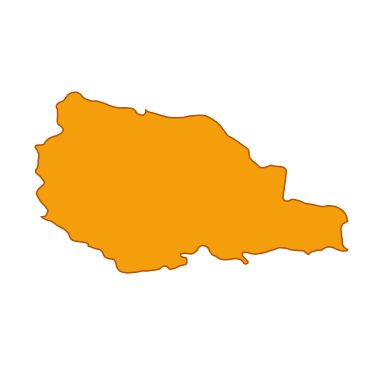 Byaroza, Brest, Belarus, rotated 6°
{"feature_id": "67162791B6222300561744", "entity_name": "Byaroza", "entity_type": "district", "adm_level": 2, "iso_a3": "BLR", "parent_name": "Belarus", "parent_adm1": "Brest", "projection": "natural_earth1", "projection_center": [25.045, 52.495], "detail": "fine", "context": "isolated", "style": "filled", "palette": "amber", "viewbox_px": 384, "rotation_deg": 6, "n_neighbors": 0, "source": "geoboundaries", "source_scale": "gbopen_adm2", "svg_char_len": 4274}
<svg xmlns="http://www.w3.org/2000/svg" viewBox="0 0 384 384"><g transform="rotate(6 192 192)"><path d="M94.5,256.8L96.7,257.1L100.9,258.2L103.3,258.6L105.0,258.6L106.6,259.0L108.9,260.7L109.8,262.0L110.7,264.0L112.2,265.7L114.9,266.8L118.6,267.1L121.4,267.1L122.3,268.5L123.8,270.4L124.3,272.8L125.6,275.3L126.8,277.0L128.6,278.2L130.8,278.9L134.0,279.1L136.9,279.2L141.3,278.2L144.6,277.6L147.6,276.7L150.1,275.9L152.3,275.5L155.1,275.4L157.3,274.8L159.3,274.3L161.6,273.8L163.6,273.4L165.4,272.8L168.1,271.8L170.0,269.6L171.4,268.9L173.8,268.3L175.2,268.7L175.9,269.6L177.0,270.7L178.0,271.0L179.4,270.9L182.4,269.9L184.8,268.5L186.3,267.4L187.8,266.6L189.2,266.1L191.3,265.4L193.0,264.9L194.0,263.9L194.2,262.8L194.0,261.3L193.8,259.5L193.6,258.5L192.3,258.1L190.5,257.9L187.9,257.2L187.1,256.2L187.4,254.8L189.2,254.0L190.8,253.7L194.3,253.7L197.3,253.8L199.3,252.9L200.8,252.1L202.1,250.8L203.0,249.8L203.8,247.9L204.6,246.2L205.4,245.4L206.9,244.4L208.8,244.2L211.4,244.3L213.8,246.0L214.7,247.2L215.7,249.1L217.1,250.6L218.5,252.2L220.3,252.9L222.3,253.4L223.6,253.9L225.1,254.9L227.0,255.7L229.0,256.0L233.2,255.8L235.7,255.3L237.6,254.8L241.3,253.8L243.8,253.6L247.7,254.3L249.7,255.8L251.2,257.5L252.6,258.0L253.8,257.8L254.9,257.0L255.1,255.7L253.2,253.9L252.2,253.1L250.1,251.4L248.7,249.6L248.4,248.0L248.8,246.9L249.9,246.6L251.8,246.5L253.5,246.4L255.6,246.7L257.9,247.2L261.6,247.2L264.6,246.4L267.6,245.6L270.4,244.7L273.7,243.2L276.5,241.8L279.6,240.6L282.9,239.1L284.6,238.2L287.8,238.1L291.4,238.1L293.7,238.5L295.2,238.9L297.0,239.2L299.2,239.1L301.3,239.1L303.7,239.1L305.2,239.1L306.5,239.0L308.4,238.8L310.2,239.5L312.4,241.0L313.4,241.7L314.5,241.8L315.6,240.3L317.5,238.8L320.6,237.8L322.3,236.9L325.6,236.4L327.4,236.1L327.5,235.7L329.2,234.3L331.6,232.9L333.9,232.3L337.3,232.3L342.5,234.0L346.1,234.8L348.8,234.9L352.1,234.3L352.7,232.9L350.4,232.0L348.6,230.6L347.0,228.3L346.4,223.4L345.5,220.8L344.9,217.2L343.9,213.5L344.3,210.0L345.4,208.0L348.9,205.4L349.9,205.2L349.1,203.1L348.5,200.3L346.7,197.6L344.1,195.0L340.5,193.0L336.2,191.5L332.8,191.3L329.8,191.3L327.8,191.7L324.9,192.5L323.1,192.9L321.2,192.9L316.5,192.3L313.7,191.9L309.4,191.7L306.2,191.5L301.1,189.9L298.4,189.3L294.0,188.8L291.8,188.9L289.5,190.6L286.9,191.2L284.6,190.8L283.0,188.0L283.0,184.0L283.4,179.6L283.3,176.2L283.6,172.1L283.6,166.7L283.6,164.2L283.6,162.1L283.1,159.9L281.2,158.2L278.8,157.6L274.7,157.6L271.1,157.6L267.6,157.2L264.7,158.7L262.4,159.8L260.2,160.4L257.2,160.5L255.5,159.3L252.3,156.9L248.7,154.6L245.9,152.1L245.0,149.2L244.5,146.1L243.0,143.4L232.0,137.0L226.6,134.3L221.4,132.2L217.5,127.8L215.1,125.2L213.0,122.8L209.4,120.1L206.2,118.3L201.7,116.2L197.2,114.7L194.2,114.6L190.6,115.1L188.3,115.3L185.6,116.1L182.6,116.4L179.2,117.5L175.5,118.8L171.3,119.4L165.5,120.1L160.1,120.2L155.8,119.5L151.7,118.8L146.6,117.8L139.8,116.8L137.5,115.5L137.7,116.5L137.5,118.1L136.7,119.4L135.6,120.6L132.7,120.8L130.8,120.4L128.3,118.9L127.4,117.1L125.1,115.6L122.2,115.1L117.6,115.1L114.8,115.5L110.9,116.0L106.3,115.7L102.7,115.0L99.0,114.1L96.4,113.2L92.0,112.3L87.6,111.5L83.2,112.1L79.0,111.3L75.8,110.5L73.2,108.9L71.0,106.5L67.8,105.0L66.1,104.8L61.6,105.9L58.4,108.4L57.1,110.7L56.2,112.3L55.1,114.0L53.9,115.2L52.3,116.1L50.2,117.1L48.7,118.7L48.0,121.2L49.6,124.3L50.2,129.2L50.7,136.4L52.0,138.9L54.7,140.2L57.4,143.0L57.4,144.5L56.0,147.1L53.2,149.1L50.1,150.7L47.8,151.6L45.3,153.0L43.5,154.5L42.1,155.9L41.3,157.0L40.6,158.3L39.8,159.5L39.3,160.3L37.5,160.9L35.9,161.1L33.0,161.6L31.4,162.6L31.3,163.6L32.5,165.1L33.6,166.5L34.2,167.8L35.6,170.1L36.0,171.8L35.7,176.5L36.1,180.6L35.9,183.1L35.4,184.6L34.4,186.2L34.3,187.5L34.8,189.1L36.8,190.6L39.1,192.1L41.2,194.3L43.1,196.1L44.1,197.4L44.0,199.4L43.2,200.6L41.6,202.3L39.5,204.6L38.7,205.8L37.9,207.4L37.4,209.7L38.5,211.8L40.6,215.0L42.6,217.3L44.3,219.0L45.9,220.3L47.2,221.3L48.6,222.8L50.2,224.4L50.6,225.6L50.6,226.7L50.4,227.4L49.7,229.8L48.4,231.5L45.3,232.4L44.9,232.5L45.3,232.8L47.0,233.7L49.2,234.6L52.4,235.3L54.7,235.6L57.0,236.7L61.0,239.1L64.1,240.5L67.2,241.7L69.8,243.0L71.9,244.6L73.9,246.7L74.6,248.4L76.2,251.1L78.2,252.4L80.8,253.0L84.3,253.1L89.2,253.3L91.6,253.4L94.0,254.4L94.7,256.0L94.5,256.8Z" fill="#f59e0b" stroke="#b45309" stroke-width="1.5"/></g></svg>